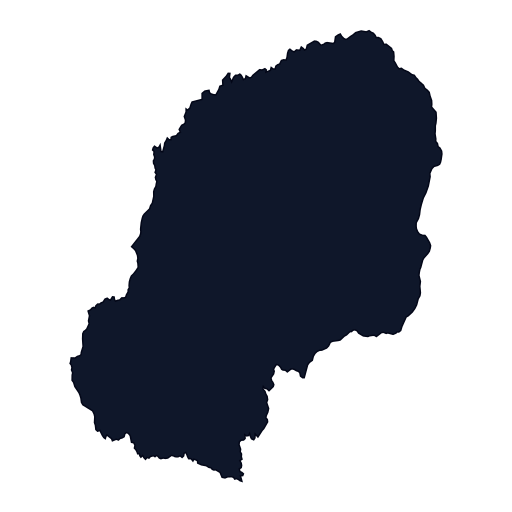 the district of Campos Lindos, Tocantins, Brazil
{"feature_id": "56859067B95125652418549", "entity_name": "Campos Lindos", "entity_type": "district", "adm_level": 2, "iso_a3": "BRA", "parent_name": "Brazil", "parent_adm1": "Tocantins", "projection": "equal_earth", "projection_center": [-46.841, -8.215], "detail": "fine", "context": "isolated", "style": "filled", "palette": "ink", "viewbox_px": 512, "rotation_deg": 0, "n_neighbors": 0, "source": "geoboundaries", "source_scale": "gbopen_adm2", "svg_char_len": 5976}
<svg xmlns="http://www.w3.org/2000/svg" viewBox="0 0 512 512"><path d="M304.2,377.7L307.6,364.9L309.4,362.4L312.3,360.3L313.3,356.3L315.0,353.4L317.0,351.5L319.5,350.3L321.9,350.1L326.6,348.0L328.6,345.9L330.3,342.3L332.7,341.2L338.1,340.5L340.2,340.0L344.3,336.1L346.5,334.9L349.8,331.7L351.5,331.6L353.0,330.2L355.0,329.8L357.2,330.9L358.6,333.1L363.3,335.9L367.9,336.5L369.5,335.8L372.8,335.3L374.4,335.3L376.4,336.5L381.4,332.6L383.5,332.3L386.2,333.4L387.8,332.9L393.1,334.3L395.9,333.1L397.2,331.9L398.8,332.0L400.7,330.5L401.9,326.5L406.2,316.9L408.1,315.9L412.3,312.0L414.8,308.5L416.6,304.9L418.2,298.8L419.9,295.8L420.4,292.8L419.8,286.3L420.4,281.5L418.9,275.4L419.3,272.2L419.9,269.3L420.7,267.5L422.7,260.0L423.8,258.0L427.8,253.5L429.3,251.3L430.2,248.1L430.6,245.7L429.6,242.8L426.4,237.2L424.9,235.4L422.6,235.4L419.4,234.1L417.6,231.7L416.4,228.7L416.1,226.2L416.2,222.7L418.4,218.6L419.5,214.7L420.1,209.6L421.3,204.5L423.3,197.9L425.9,192.8L428.3,186.0L430.1,176.8L429.8,173.4L431.9,168.6L434.0,166.4L437.6,165.4L439.6,164.2L440.5,162.2L441.1,159.5L441.9,154.0L441.6,151.1L439.9,148.0L438.1,146.7L437.4,143.4L435.7,141.4L435.8,138.9L435.0,133.7L435.3,130.7L435.3,125.7L435.9,123.2L436.4,118.2L436.0,112.2L431.5,107.0L431.8,104.3L431.6,100.5L430.0,95.9L429.2,92.3L427.3,90.2L424.8,88.3L423.4,85.2L418.9,81.3L417.5,79.2L415.9,77.7L414.3,75.3L411.8,74.6L408.2,71.9L403.7,70.0L401.4,68.3L399.1,68.8L397.4,67.0L395.3,63.0L393.8,60.7L394.0,56.4L393.6,51.9L392.3,50.8L391.5,48.4L386.2,44.2L383.9,44.5L382.6,41.6L380.8,38.7L378.3,37.5L376.2,37.6L375.1,35.3L373.3,33.2L371.2,32.3L369.1,30.7L366.3,31.9L361.2,31.0L355.7,32.6L352.9,35.0L350.5,36.5L347.1,39.1L345.6,39.4L343.8,38.5L341.6,36.3L340.3,34.0L338.2,34.9L335.5,36.8L334.7,42.3L333.3,43.5L327.1,42.6L325.2,43.1L324.0,44.2L320.9,45.3L318.3,42.3L316.3,41.3L314.4,41.1L307.3,45.2L306.3,49.1L304.5,50.1L303.4,48.6L301.3,47.0L299.8,50.3L296.4,49.9L294.2,51.9L292.1,51.0L289.9,49.2L288.5,50.4L287.6,53.2L287.0,57.5L286.0,60.1L283.6,59.8L281.4,60.5L279.7,64.0L277.6,64.8L275.9,66.1L275.1,69.0L273.2,69.0L271.2,67.5L270.4,70.4L265.9,72.2L266.3,69.9L264.9,68.7L262.1,70.0L259.6,69.7L252.8,75.4L251.5,77.3L249.7,78.0L246.1,75.8L245.4,78.6L243.4,79.6L242.4,77.4L241.1,75.2L239.8,74.1L238.1,75.2L235.5,75.3L233.6,77.3L231.6,82.0L230.4,79.1L229.4,77.5L229.9,73.4L228.2,73.3L226.3,76.2L222.6,80.1L222.9,85.2L219.9,86.2L218.9,89.4L215.9,94.9L213.6,94.7L211.0,93.9L209.5,92.6L209.0,90.3L204.8,91.1L202.1,93.4L202.1,99.4L192.1,102.0L191.1,104.2L189.9,108.0L187.5,110.1L186.1,109.0L186.1,112.0L184.3,116.5L185.5,120.0L185.3,122.7L184.1,124.1L181.7,125.3L179.2,129.4L180.4,132.2L178.1,133.4L176.4,135.7L172.7,136.5L171.2,137.3L171.0,139.7L169.2,139.8L167.3,138.0L166.3,140.4L164.7,143.1L164.4,145.6L162.7,151.8L161.0,151.6L160.1,145.1L159.1,147.0L157.2,148.1L154.5,146.2L153.2,147.9L152.6,150.0L154.1,151.4L153.8,154.6L154.7,157.0L154.4,159.2L153.4,160.8L153.6,163.4L154.8,165.5L155.1,168.0L156.0,169.8L155.1,172.4L156.6,174.3L155.4,177.3L155.9,179.6L156.9,181.4L156.3,183.8L155.9,186.5L154.5,188.9L153.7,191.7L153.8,196.4L152.3,203.2L150.6,205.6L149.6,208.9L144.3,214.1L143.0,216.0L142.3,218.2L141.3,222.6L140.6,229.2L140.9,231.8L140.6,233.9L139.7,236.4L131.6,246.7L133.8,248.6L135.6,250.6L137.5,255.4L137.9,258.3L137.3,261.1L137.9,263.2L138.2,267.4L136.2,270.5L133.5,274.0L131.4,276.0L130.3,278.6L129.4,281.8L129.1,285.5L129.3,288.0L128.2,289.5L128.1,292.0L126.5,294.7L125.6,297.4L123.8,297.9L121.7,297.9L119.7,300.0L117.4,300.4L115.5,301.2L114.5,299.6L114.1,297.0L112.5,296.8L110.4,300.2L108.8,299.5L107.2,298.2L105.0,299.1L103.1,302.1L101.0,302.9L99.7,304.1L97.6,304.1L95.9,305.8L95.1,307.9L93.5,307.4L92.0,308.1L90.5,309.9L88.1,311.0L89.5,315.7L88.5,320.9L89.2,323.7L86.8,329.0L85.3,330.5L83.8,331.5L82.8,333.7L82.6,338.8L83.1,346.5L81.3,352.4L81.1,354.6L79.8,355.7L77.4,356.4L75.1,358.0L71.2,357.9L70.7,361.5L70.1,363.5L71.3,364.9L72.0,367.7L71.5,369.9L72.7,372.8L72.2,375.0L72.1,380.3L73.6,382.3L74.9,386.6L79.0,392.7L80.0,395.1L80.9,398.0L81.5,402.4L82.9,404.8L92.6,410.8L94.1,413.9L94.8,416.7L94.5,422.6L95.4,425.2L95.9,429.6L97.6,431.2L99.9,430.4L102.5,435.6L103.9,437.6L105.3,438.6L105.9,436.4L106.9,435.0L111.6,438.7L112.4,440.8L116.2,439.2L118.5,440.0L119.9,438.5L122.1,437.9L124.1,436.7L124.9,433.6L126.7,432.5L128.4,433.4L130.2,435.6L131.5,442.3L133.8,442.8L135.0,445.4L134.4,448.1L135.8,449.6L137.0,451.7L137.7,453.8L139.4,453.7L139.8,455.7L140.9,457.2L142.6,455.5L144.1,457.9L145.5,459.3L146.9,457.5L149.0,458.1L150.4,456.5L153.4,455.7L155.0,456.7L156.3,455.5L157.9,456.2L159.3,458.0L160.9,458.7L163.1,458.0L165.4,458.4L167.8,458.0L171.3,455.4L173.4,455.8L174.9,456.6L176.4,456.8L178.0,456.8L180.1,455.8L182.1,457.4L183.6,456.0L184.1,453.2L185.7,452.4L186.9,454.7L187.7,456.9L188.7,458.7L191.1,458.7L192.9,461.0L193.8,459.2L195.7,459.8L197.5,460.7L197.7,463.1L201.4,464.8L206.3,465.7L208.8,467.3L211.2,467.9L212.2,469.3L213.8,470.0L215.7,469.8L220.1,472.4L222.1,477.3L225.0,477.9L227.7,476.8L232.0,476.7L233.7,477.5L234.7,479.1L236.5,478.6L238.3,479.4L240.0,480.7L241.9,481.3L240.4,475.8L242.7,475.6L243.4,473.8L241.7,472.3L239.9,471.6L239.3,468.8L241.2,467.6L241.6,465.4L241.2,463.1L239.8,460.6L242.0,459.2L241.3,456.8L241.5,454.0L240.2,451.7L240.6,449.2L239.0,444.6L239.4,441.7L241.2,440.2L243.6,440.0L245.1,438.5L244.8,434.7L246.6,435.9L248.4,435.6L249.6,433.5L250.2,435.9L251.5,438.8L253.7,439.8L254.9,438.0L255.2,434.0L257.9,437.0L262.2,430.3L263.7,428.7L267.6,421.9L267.3,419.5L265.8,417.7L266.3,415.5L267.8,412.2L268.6,408.5L266.6,402.5L267.6,399.7L267.1,396.3L265.8,394.0L265.0,391.5L262.9,389.0L263.3,386.5L264.8,388.3L267.0,388.8L269.0,390.7L273.2,386.6L273.8,384.7L272.8,382.3L271.7,380.9L270.9,377.9L273.6,373.9L274.2,371.2L273.5,369.2L274.7,367.0L276.4,364.5L278.5,365.0L280.6,367.2L281.6,369.2L282.9,370.0L285.4,370.2L287.3,371.9L290.9,369.1L292.7,368.9L294.2,369.4L296.4,370.7L298.6,371.4L299.9,373.0L300.5,376.1L302.6,377.7L304.2,377.7Z" fill="#0f172a" stroke="#020617" stroke-width="1.5"/></svg>